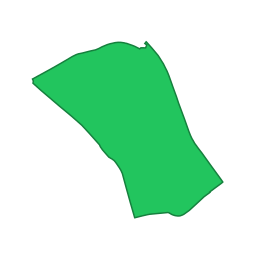 Al Wayli, Al Qahirah, Egypt (Natural Earth projection), rotated 98°
{"feature_id": "37247803B46837021628067", "entity_name": "Al Wayli", "entity_type": "district", "adm_level": 2, "iso_a3": "EGY", "parent_name": "Egypt", "parent_adm1": "Al Qahirah", "projection": "natural_earth1", "projection_center": [31.288, 30.072], "detail": "fine", "context": "isolated", "style": "filled", "palette": "green", "viewbox_px": 256, "rotation_deg": 98, "n_neighbors": 0, "source": "geoboundaries", "source_scale": "gbopen_adm2", "svg_char_len": 2196}
<svg xmlns="http://www.w3.org/2000/svg" viewBox="0 0 256 256"><g transform="rotate(98 128 128)"><path d="M180.2,37.8L179.9,38.1L176.3,34.5L169.3,27.4L168.8,27.0L168.3,26.6L165.7,29.0L152.8,41.5L142.1,51.7L140.4,53.5L136.8,57.1L136.7,57.2L136.5,57.3L134.0,59.8L131.6,61.6L129.6,63.2L126.7,65.1L123.0,67.2L118.6,69.5L111.1,73.4L96.3,81.4L90.2,84.4L87.8,85.7L81.4,89.1L76.0,91.9L70.3,94.9L66.2,97.3L62.9,99.6L59.5,101.9L57.3,103.8L53.5,107.0L53.0,107.4L51.9,108.4L50.0,110.5L45.5,115.5L40.2,121.8L40.1,122.0L42.0,123.1L43.1,121.0L46.2,121.7L46.8,126.4L48.0,127.4L46.2,132.7L45.6,135.1L45.6,135.3L45.5,135.6L44.9,138.7L44.5,140.6L44.5,140.8L44.4,141.0L44.4,141.6L44.4,142.2L44.3,142.7L44.3,143.2L44.2,143.7L44.2,144.3L44.2,144.8L44.2,145.3L44.2,145.9L44.2,146.4L44.2,146.9L44.3,147.9L44.4,148.3L44.4,148.7L44.5,149.1L44.5,149.6L44.6,150.0L44.7,150.4L44.8,150.8L44.9,151.2L45.0,151.6L45.1,152.0L45.2,152.4L45.4,153.0L46.4,155.6L47.0,157.3L48.3,160.1L51.2,165.0L53.3,167.9L55.2,171.1L56.8,175.5L57.6,177.5L60.2,183.8L61.5,187.5L62.6,189.6L65.0,193.1L73.2,203.4L80.6,213.0L92.8,229.4L94.6,228.3L96.9,228.3L103.2,218.9L106.6,213.5L116.1,198.6L124.0,185.8L131.7,174.1L138.6,165.7L148.6,153.9L150.4,152.8L153.2,150.2L158.1,144.6L159.6,142.8L160.0,141.7L160.5,140.7L160.6,140.3L160.7,140.0L161.3,138.8L161.7,138.1L162.0,137.4L163.5,135.7L165.5,133.8L168.6,131.0L171.1,129.0L172.4,128.2L173.8,127.3L187.1,121.6L201.8,115.2L215.4,109.1L215.9,108.9L215.8,108.4L215.7,108.2L215.4,107.5L213.0,101.6L210.9,96.1L210.8,95.7L210.7,95.3L210.5,94.9L210.4,94.6L206.4,77.8L206.3,77.5L206.2,77.1L206.2,76.8L206.2,76.5L206.2,76.1L206.3,75.8L206.3,75.5L206.4,75.2L206.6,74.9L206.8,74.3L207.0,73.8L207.1,73.7L207.3,73.2L207.4,72.9L207.6,72.3L207.7,71.8L207.9,71.1L208.0,70.2L208.1,69.9L208.1,69.6L208.2,69.2L208.2,68.9L208.2,68.4L208.2,67.8L208.2,67.4L208.2,67.0L208.2,66.6L208.1,66.2L208.1,65.7L208.0,65.4L207.9,65.1L207.9,64.7L207.8,64.4L207.7,64.1L207.5,63.8L207.4,63.5L206.8,62.5L206.6,62.0L206.3,61.6L206.1,61.3L205.8,60.9L205.6,60.6L205.3,60.3L203.6,58.5L201.9,56.7L201.4,56.2L200.9,55.7L198.0,53.3L190.8,47.4L185.8,43.4L182.9,40.5L181.5,39.0L180.2,37.8Z" fill="#22c55e" stroke="#15803d" stroke-width="1.5"/></g></svg>